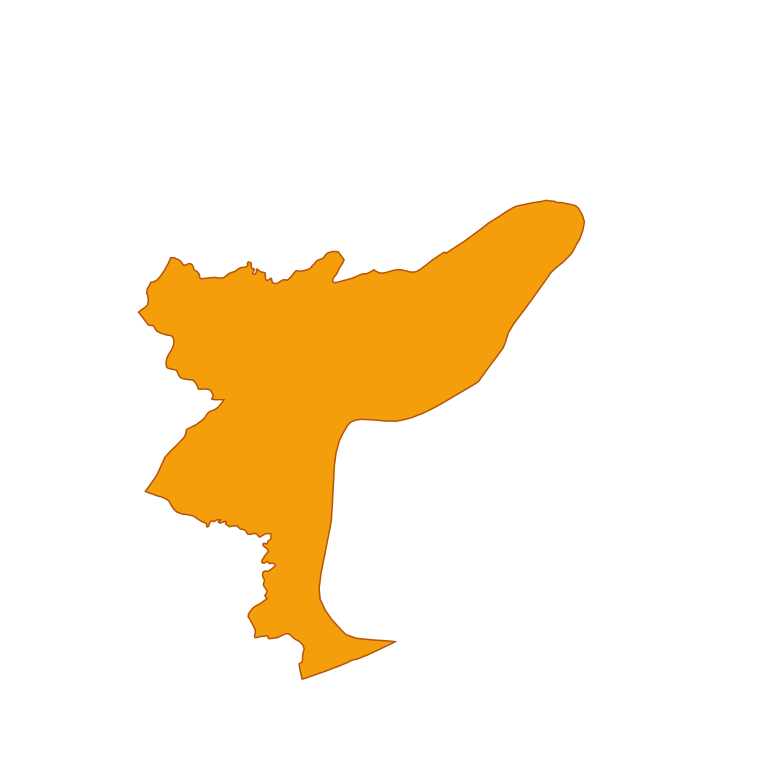 Tam Nong, Phú Thọ, Vietnam, rotated 57°
{"feature_id": "81297802B6788314119837", "entity_name": "Tam Nong", "entity_type": "district", "adm_level": 2, "iso_a3": "VNM", "parent_name": "Vietnam", "parent_adm1": "Phú Thọ", "projection": "equal_earth", "projection_center": [105.235, 21.306], "detail": "fine", "context": "isolated", "style": "filled", "palette": "amber", "viewbox_px": 768, "rotation_deg": 57, "n_neighbors": 0, "source": "geoboundaries", "source_scale": "gbopen_adm2", "svg_char_len": 6170}
<svg xmlns="http://www.w3.org/2000/svg" viewBox="0 0 768 768"><g transform="rotate(57 384 384)"><path d="M606.1,515.0L601.2,521.2L592.9,532.3L582.3,545.6L573.3,552.5L566.8,553.9L553.0,556.1L542.1,556.5L529.8,554.8L525.1,552.4L519.8,549.5L508.3,539.8L497.3,529.0L470.5,503.1L456.8,492.9L425.2,469.9L415.6,461.7L407.2,452.2L403.7,446.6L398.7,436.7L397.9,432.8L398.3,429.9L399.2,426.4L401.2,422.3L408.9,411.7L416.0,402.7L421.8,394.0L423.9,389.2L427.1,379.8L429.8,366.9L431.0,357.2L431.7,348.5L432.5,330.2L433.4,309.9L433.4,304.1L433.1,302.6L428.2,290.2L423.3,276.9L418.5,264.2L414.9,259.1L411.9,255.6L408.7,251.6L404.2,242.5L396.6,221.6L387.7,198.7L384.8,191.4L381.7,183.9L380.5,178.7L379.3,167.3L377.0,156.6L375.2,152.5L372.3,147.5L368.8,140.5L363.7,133.9L360.2,130.4L357.1,127.6L350.8,125.7L346.0,125.4L342.4,125.3L340.2,125.7L338.4,126.6L335.2,129.6L328.6,136.2L326.0,140.1L323.6,141.6L320.9,145.0L318.3,148.0L316.5,152.9L312.8,160.9L309.4,169.8L307.0,176.2L306.4,179.9L306.1,187.6L306.2,196.4L306.0,205.9L305.9,208.6L306.8,217.6L307.3,225.3L308.1,240.5L308.1,245.5L308.0,253.1L308.2,260.3L307.2,260.7L306.6,261.4L306.2,262.8L306.3,275.4L307.0,282.4L307.6,290.5L307.5,294.8L307.1,296.6L305.9,298.8L304.1,301.3L301.2,303.8L298.7,306.3L297.3,307.8L296.1,309.5L294.3,312.9L291.6,321.4L290.6,324.2L289.4,326.0L287.9,327.7L283.6,330.1L282.8,330.1L282.6,333.9L282.1,338.6L280.3,341.2L279.5,344.1L278.1,352.7L275.6,360.6L273.5,366.8L272.4,369.8L271.7,370.7L270.2,371.2L268.8,370.4L267.4,368.4L265.7,363.3L262.8,359.0L259.7,352.2L258.5,350.3L257.7,349.8L254.5,350.0L250.2,350.2L248.5,350.4L247.3,351.4L246.3,352.6L245.0,354.8L243.9,357.9L243.5,359.5L243.5,360.9L244.0,363.2L245.4,366.7L244.4,370.6L244.1,372.5L244.2,374.2L245.3,376.8L245.5,377.7L245.6,379.4L246.2,380.6L246.9,383.0L246.3,386.4L244.5,391.6L243.6,393.1L241.7,395.0L241.2,395.9L241.6,398.4L243.7,404.4L244.2,408.5L243.4,409.5L242.4,410.6L241.7,411.9L241.5,414.5L241.5,418.3L240.4,420.8L238.7,422.0L237.8,422.2L236.7,421.9L234.4,421.0L233.9,421.0L233.6,421.9L233.8,423.9L233.5,425.2L232.8,426.3L231.0,426.0L228.2,424.3L226.6,423.3L225.9,423.3L224.1,424.9L222.8,426.3L221.3,426.9L218.9,427.6L218.3,428.1L218.4,428.7L220.5,429.8L221.4,431.6L221.5,432.7L221.0,433.7L220.0,434.1L218.7,432.4L217.7,430.9L217.0,430.5L216.0,430.8L215.3,431.7L213.4,431.5L212.4,431.0L210.8,429.7L210.5,429.6L209.7,429.7L209.1,430.1L208.3,430.7L207.7,431.4L208.5,432.9L209.9,433.3L210.6,434.3L210.5,436.9L208.5,440.4L208.2,441.5L208.2,443.6L208.3,446.2L208.3,446.3L208.6,447.1L207.4,451.1L207.0,453.1L207.1,455.9L207.5,459.5L207.4,460.8L206.6,462.7L205.6,464.2L202.5,467.8L200.3,471.7L198.1,476.2L197.0,478.5L196.4,479.5L195.9,480.2L194.7,480.6L193.8,480.4L192.0,479.3L190.4,479.2L187.6,479.6L185.4,480.8L184.2,481.0L182.5,480.4L181.5,480.2L178.9,480.0L177.6,481.0L176.8,481.8L176.4,483.8L176.3,485.2L176.0,486.3L174.8,487.3L173.5,487.5L170.4,487.7L167.8,488.6L163.8,491.4L161.9,494.1L165.5,499.4L167.4,503.3L168.8,505.6L170.9,510.4L172.7,515.7L173.2,518.2L173.0,520.0L172.6,522.1L171.7,524.2L173.5,527.1L175.4,530.9L177.5,532.7L178.7,533.7L181.0,533.9L185.5,536.1L187.9,538.2L189.0,539.5L189.5,541.9L189.8,548.1L190.1,550.8L198.4,550.0L206.2,549.5L207.9,547.7L208.6,546.8L209.3,545.8L211.4,545.6L213.8,546.0L216.5,545.4L218.0,544.5L219.5,543.7L222.3,541.5L225.1,539.0L227.3,536.4L228.7,535.8L230.7,535.7L233.0,536.5L236.2,538.7L239.1,542.5L242.1,548.9L244.2,552.2L246.7,554.6L250.2,556.7L252.0,557.0L253.5,556.3L257.8,552.0L259.2,550.9L260.0,550.6L264.5,551.4L267.1,551.4L269.9,549.9L274.3,545.1L275.7,543.0L277.1,541.9L279.0,541.6L282.7,541.4L286.6,542.3L287.7,542.1L290.6,536.9L292.6,534.5L293.5,533.5L294.8,533.0L298.3,533.1L300.5,533.4L301.7,534.9L302.6,536.7L303.1,536.6L304.0,535.7L306.0,533.0L308.1,529.5L310.1,526.8L311.8,531.5L313.0,535.3L313.3,537.4L313.3,538.7L313.2,541.1L312.4,543.7L312.2,545.5L312.5,547.9L313.5,550.3L315.0,553.9L315.3,556.0L315.5,558.8L315.8,563.7L315.0,570.9L314.7,574.2L315.2,575.0L316.2,575.9L318.5,578.3L320.0,581.2L322.3,590.6L324.1,600.2L326.2,607.9L328.0,610.5L336.7,624.1L341.9,636.8L344.0,642.7L348.4,639.7L350.0,638.2L354.3,635.1L357.5,632.1L360.6,630.1L363.6,628.5L365.5,628.2L368.5,628.4L371.0,628.5L374.6,628.5L378.5,627.4L381.3,625.4L382.9,624.3L383.8,623.3L385.7,621.0L388.1,618.3L391.7,615.3L396.6,613.4L401.2,611.1L403.1,609.4L404.7,609.1L406.2,610.0L407.4,610.3L407.8,609.7L407.6,608.1L406.2,606.8L404.6,604.1L404.7,603.5L405.5,602.7L406.8,601.7L406.9,600.5L406.9,598.7L407.5,597.0L408.1,596.2L408.9,595.2L409.4,595.8L409.2,597.4L409.5,598.1L411.1,597.5L411.7,596.4L412.4,593.2L412.8,591.7L413.7,591.5L415.0,593.0L415.6,593.0L417.6,592.0L419.6,591.2L420.0,590.5L420.4,589.1L421.2,587.4L422.1,585.8L423.2,584.5L425.1,584.1L427.3,583.5L429.6,581.1L431.3,580.1L433.2,580.0L435.4,580.1L436.4,579.3L436.9,578.5L437.5,577.5L438.1,575.2L439.2,573.7L440.4,572.5L443.5,572.1L444.5,571.7L444.8,571.0L444.9,567.5L445.3,564.2L447.9,560.5L449.2,561.0L451.6,563.0L452.4,563.8L452.6,565.0L452.5,566.5L454.0,568.7L454.0,569.7L452.6,571.0L452.1,572.0L452.5,573.0L453.8,573.3L454.9,573.1L457.9,572.0L459.9,571.7L460.9,572.1L461.6,573.0L462.4,575.2L463.6,578.5L465.4,582.3L467.0,583.6L468.0,583.3L468.7,582.6L469.1,582.0L469.0,579.6L469.4,578.3L469.8,578.2L471.8,578.2L472.4,577.5L472.9,576.6L473.1,575.9L473.5,575.2L474.5,574.2L475.1,573.9L476.8,573.6L477.3,574.5L477.7,576.1L478.0,580.4L478.0,582.2L477.7,583.9L476.1,585.5L475.8,586.5L476.3,588.5L478.8,590.4L480.6,590.8L482.3,590.8L483.6,591.2L486.4,594.4L487.7,594.8L493.7,594.7L494.9,595.7L495.2,596.1L495.8,597.3L496.5,599.2L498.4,599.2L500.3,599.0L500.8,607.8L500.3,611.9L500.3,613.5L500.4,615.2L500.9,617.6L502.2,620.9L503.3,623.1L504.9,624.4L505.7,624.8L507.4,624.6L512.9,625.1L519.1,625.6L521.1,626.4L523.0,627.9L525.4,630.3L526.6,630.2L527.1,629.5L528.1,626.3L531.7,618.7L534.5,619.5L535.5,618.1L536.1,617.1L538.6,611.6L539.9,602.3L540.9,600.9L541.7,599.9L549.8,597.5L554.1,595.0L558.8,594.2L562.7,595.2L565.9,598.9L572.8,604.1L572.3,607.3L574.2,608.6L582.7,611.9L586.9,613.4L587.9,610.4L590.4,600.0L593.7,586.3L597.5,567.8L598.2,561.1L600.0,556.6L602.5,543.9L606.1,516.6L606.1,515.0Z" fill="#f59e0b" stroke="#b45309" stroke-width="1.5"/></g></svg>